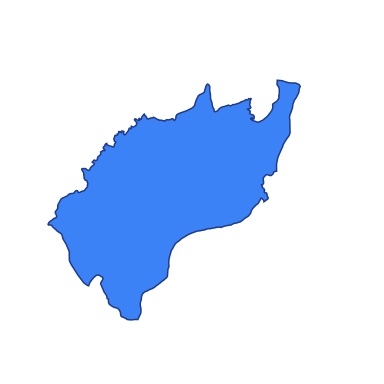 outline of Logo Anseba, Gash Barka, Eritrea, rotated 244°
{"feature_id": "51966322B13118315425041", "entity_name": "Logo Anseba", "entity_type": "district", "adm_level": 2, "iso_a3": "ERI", "parent_name": "Eritrea", "parent_adm1": "Gash Barka", "projection": "orthographic", "projection_center": [38.674, 15.401], "detail": "fine", "context": "isolated", "style": "filled", "palette": "blue", "viewbox_px": 384, "rotation_deg": 244, "n_neighbors": 0, "source": "geoboundaries", "source_scale": "gbopen_adm2", "svg_char_len": 6060}
<svg xmlns="http://www.w3.org/2000/svg" viewBox="0 0 384 384"><g transform="rotate(244 192 192)"><path d="M220.8,51.8L218.0,53.1L216.4,53.5L211.7,56.2L210.2,56.3L206.8,55.5L200.1,56.0L193.1,55.6L191.2,55.2L189.6,54.2L187.3,53.3L187.0,52.9L186.2,52.8L184.7,51.9L182.8,51.6L179.4,51.7L167.0,53.1L158.0,54.9L155.3,56.2L153.5,57.4L153.0,58.0L155.2,60.3L155.9,61.4L158.1,65.8L159.0,69.2L158.9,70.2L157.9,72.0L157.2,72.6L155.6,73.4L154.6,74.2L153.7,74.2L152.7,73.7L152.1,72.9L150.6,70.5L150.0,70.0L149.2,69.6L140.3,69.2L136.7,69.8L135.3,69.6L133.4,69.0L132.5,69.9L129.7,68.7L128.2,68.4L126.8,68.7L123.7,70.5L122.3,71.6L120.6,73.7L118.7,74.7L115.7,75.0L111.9,73.8L110.8,74.1L108.0,76.6L105.9,77.8L105.4,78.5L104.1,80.5L103.3,82.2L102.6,84.5L101.1,87.4L105.5,92.8L107.4,94.0L109.4,94.9L112.4,95.7L114.2,96.5L116.2,97.9L117.3,99.1L119.4,100.3L121.0,101.6L122.0,102.7L123.0,105.5L122.7,107.8L122.9,110.5L122.6,113.9L122.8,116.6L123.4,118.7L123.7,121.3L124.2,122.7L124.2,123.8L124.4,124.0L124.8,125.5L125.3,128.6L125.6,129.2L126.0,131.3L126.9,132.9L133.2,136.6L134.6,138.2L136.1,139.1L138.4,139.9L142.5,142.4L148.6,147.9L149.4,149.4L151.9,152.9L153.0,154.9L153.7,158.0L153.8,159.4L154.6,161.7L155.3,169.1L155.3,172.8L154.6,179.5L153.3,183.2L153.4,183.8L152.3,186.8L152.4,187.5L152.1,189.7L151.7,191.1L151.2,191.7L150.4,194.9L149.4,198.3L149.5,198.9L147.8,202.3L147.3,202.8L147.4,203.4L147.0,206.7L145.2,213.0L145.4,213.6L145.2,216.7L144.4,219.0L144.5,220.2L144.0,222.0L144.3,224.7L144.6,225.4L145.2,227.9L145.6,231.8L146.6,234.3L147.4,235.6L149.1,237.1L150.4,239.0L152.3,244.1L152.7,246.4L154.6,249.3L155.9,250.8L156.2,251.4L155.9,251.7L153.8,252.6L152.4,252.7L151.7,252.4L151.9,254.1L152.2,254.9L152.3,256.6L152.6,257.2L153.3,257.9L155.8,257.9L157.3,258.5L158.0,258.5L158.6,258.4L159.1,257.4L159.8,256.9L160.7,257.1L161.4,257.9L162.2,257.8L162.9,258.3L163.6,257.8L165.0,257.4L165.7,257.3L166.3,257.8L167.9,257.4L168.1,257.8L167.8,258.7L168.1,259.9L170.1,261.0L171.2,261.2L173.4,262.2L174.9,265.8L174.8,266.9L174.5,267.4L173.4,268.4L172.4,269.6L172.1,270.7L172.7,272.7L174.1,274.3L174.2,275.0L173.6,277.2L176.4,278.4L180.3,280.4L185.3,284.2L188.9,288.3L193.1,293.4L194.8,294.9L197.9,299.8L200.0,303.8L201.0,305.0L202.7,306.4L204.7,307.2L213.0,311.1L216.4,312.4L218.3,313.7L221.0,316.7L223.8,319.3L226.8,321.3L229.7,324.4L231.2,327.2L234.0,330.9L235.4,332.2L237.9,333.8L239.5,335.6L241.8,335.3L244.5,332.9L247.4,327.3L250.6,323.7L252.4,322.0L255.1,317.6L251.3,315.5L248.3,315.9L246.7,315.7L245.9,315.4L242.2,313.6L240.3,312.1L238.5,311.4L238.0,310.8L236.4,308.0L235.8,303.5L235.1,302.7L232.7,301.8L230.8,300.1L229.8,298.7L226.9,292.8L225.5,287.0L225.6,282.8L226.4,281.0L227.8,279.8L229.5,278.0L230.8,277.2L232.2,276.8L232.5,277.3L232.4,278.3L232.0,278.5L230.7,278.7L230.6,279.9L231.0,280.2L231.5,280.2L232.3,280.9L232.8,281.0L233.1,280.7L233.8,281.0L234.1,280.9L235.6,279.6L236.6,278.4L237.2,278.2L237.6,278.4L238.5,279.6L239.5,279.7L240.3,279.6L240.7,278.7L242.1,278.2L242.0,279.9L241.7,280.9L242.0,281.9L244.7,282.0L245.6,282.3L246.8,283.5L248.3,283.7L248.5,284.5L249.6,285.5L249.7,286.0L250.2,285.9L250.4,285.6L250.6,284.1L251.0,283.8L250.5,282.9L250.5,282.3L251.3,281.1L251.3,280.3L251.0,278.9L251.5,275.8L251.2,273.0L251.5,272.1L251.9,268.7L252.6,267.3L252.4,264.6L254.2,262.6L254.6,259.0L255.3,255.5L254.8,252.4L253.8,250.9L253.8,248.4L254.6,247.5L255.6,247.5L256.7,248.1L258.6,247.9L260.4,248.1L263.8,249.1L267.7,249.6L271.6,251.3L275.6,252.5L278.9,254.2L281.2,254.1L282.2,253.3L281.9,252.2L281.0,250.9L276.4,246.8L276.0,245.5L276.0,241.0L275.6,239.7L273.2,236.6L271.1,234.4L268.6,232.3L267.5,229.3L267.4,226.9L267.4,222.5L268.3,214.8L268.1,212.2L267.0,210.7L266.0,210.3L265.1,209.5L264.1,208.0L264.1,207.4L266.0,207.0L266.6,206.4L266.6,204.5L267.2,202.4L268.0,201.1L268.1,200.0L267.6,198.6L267.7,198.3L268.4,198.0L268.8,197.1L269.7,196.4L270.4,195.2L270.4,194.4L270.6,194.1L271.6,193.9L272.5,192.5L274.0,191.8L276.1,190.1L276.0,188.9L276.6,187.3L276.9,184.2L277.6,183.9L278.7,183.9L280.7,183.7L281.8,182.9L282.6,183.4L282.9,183.4L282.9,182.8L281.4,179.8L279.7,178.3L279.9,177.7L281.2,177.0L281.3,176.5L280.6,176.1L279.6,176.4L279.3,176.1L279.5,175.6L280.3,174.7L282.5,173.3L282.7,172.5L282.3,172.0L281.8,171.9L278.2,172.8L277.9,172.7L277.4,171.9L276.6,171.2L276.2,170.0L276.1,168.0L276.3,167.5L277.7,166.3L277.3,165.9L275.7,165.3L275.6,165.0L276.8,163.8L276.7,163.4L275.0,161.7L272.9,157.4L273.0,156.3L273.5,156.0L274.8,156.4L276.2,157.3L276.7,156.7L277.2,156.4L277.6,155.3L277.1,155.0L276.2,155.1L276.1,154.9L276.5,154.4L277.4,154.1L277.6,153.8L277.4,153.4L277.6,153.1L277.8,153.2L278.4,152.8L278.3,152.4L277.2,151.9L276.9,151.6L276.8,150.1L276.2,150.1L275.8,149.6L276.0,148.4L276.6,148.0L276.6,147.6L273.9,144.9L273.2,144.9L271.5,144.6L270.9,145.3L270.3,145.4L268.9,143.3L266.8,141.4L267.2,140.6L268.3,139.7L269.7,137.9L271.2,136.9L271.8,136.1L273.0,136.7L273.2,136.2L273.1,135.6L272.6,134.6L271.8,133.9L271.1,131.8L270.2,131.5L268.1,132.1L267.7,132.0L267.5,131.5L268.2,130.5L268.3,129.8L268.0,128.9L268.1,128.3L268.0,127.3L266.2,126.8L265.8,126.4L264.8,122.7L263.8,121.8L262.8,121.4L262.4,120.6L262.5,118.8L263.5,118.3L263.6,117.9L263.1,116.8L262.8,115.6L262.6,115.4L262.2,115.4L260.7,116.7L259.9,116.4L259.4,115.4L258.9,113.0L258.3,111.4L256.9,109.8L256.8,108.7L257.0,108.2L257.5,107.6L259.8,106.6L260.2,105.4L261.1,103.9L261.1,103.1L260.8,102.8L259.8,102.7L257.2,103.1L251.2,101.0L249.3,101.3L248.5,102.4L248.0,102.5L246.7,102.1L245.7,102.1L245.1,102.0L244.2,101.1L243.5,100.8L242.2,100.0L241.5,97.8L240.6,96.3L240.4,95.5L240.9,93.4L240.9,90.4L241.4,89.8L241.8,89.6L243.3,89.6L243.8,89.1L244.0,88.4L243.9,87.6L242.8,85.1L242.9,84.4L243.7,82.5L244.0,80.8L243.8,79.8L243.1,77.9L243.3,76.6L243.1,75.5L243.4,73.2L243.0,71.1L239.6,66.3L238.6,65.3L236.4,64.3L235.9,63.8L234.2,60.6L233.0,59.9L232.0,60.0L230.2,59.9L229.4,59.6L228.8,59.1L228.5,58.0L228.7,55.9L228.0,53.5L227.8,51.2L227.1,49.7L226.2,48.6L225.8,48.4L225.3,48.5L225.0,48.9L224.8,49.9L223.7,51.1L223.3,51.2L223.0,51.5L222.3,51.4L220.8,51.8Z" fill="#3b82f6" stroke="#1e3a8a" stroke-width="1.5"/></g></svg>